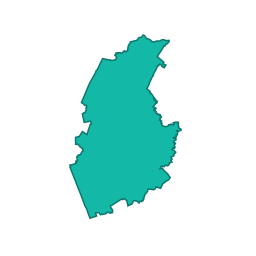 Thanh Tri, Sóc Trăng, Vietnam (Mercator projection), rotated 311°
{"feature_id": "81297802B36147607104720", "entity_name": "Thanh Tri", "entity_type": "district", "adm_level": 2, "iso_a3": "VNM", "parent_name": "Vietnam", "parent_adm1": "Sóc Trăng", "projection": "mercator", "projection_center": [105.741, 9.467], "detail": "fine", "context": "isolated", "style": "filled", "palette": "teal", "viewbox_px": 256, "rotation_deg": 311, "n_neighbors": 0, "source": "geoboundaries", "source_scale": "gbopen_adm2", "svg_char_len": 5848}
<svg xmlns="http://www.w3.org/2000/svg" viewBox="0 0 256 256"><g transform="rotate(311 128 128)"><path d="M116.6,76.2L117.0,78.8L116.7,80.6L117.0,81.1L117.7,81.6L118.2,82.3L118.0,82.1L117.8,82.1L116.4,83.2L115.3,83.3L114.6,84.3L114.1,84.6L113.8,84.8L112.8,84.9L112.4,85.2L111.9,85.4L111.2,85.4L110.4,84.7L108.7,84.3L103.5,91.3L108.7,95.3L106.8,97.7L106.1,97.1L96.1,101.3L95.4,95.9L89.7,96.8L86.5,94.6L81.3,99.2L82.7,100.7L82.8,101.9L82.3,104.2L82.3,105.0L82.6,105.4L82.5,107.0L82.7,107.3L82.0,107.7L81.9,108.6L81.3,109.2L80.5,108.9L79.2,108.8L77.1,109.7L76.9,109.3L76.1,109.4L75.2,108.3L74.2,108.3L73.6,108.6L73.1,108.3L72.8,108.2L72.4,108.6L70.0,111.4L68.7,110.4L68.4,110.7L68.3,111.3L68.0,111.1L67.7,111.8L67.0,111.5L66.8,111.8L65.8,111.2L61.7,108.5L60.8,110.4L60.2,110.2L54.9,120.3L53.5,123.2L50.3,129.1L46.8,136.0L40.9,146.8L39.7,150.1L37.0,154.7L35.0,158.6L36.9,159.6L40.9,162.0L42.6,159.2L42.9,159.4L44.0,160.5L45.1,161.6L44.5,164.0L44.6,164.3L46.4,165.6L47.8,166.9L49.0,167.5L49.8,167.7L51.1,167.8L51.7,169.6L52.4,170.9L53.5,170.6L54.0,171.8L55.7,170.5L56.2,169.3L56.4,168.1L57.2,166.1L57.4,165.9L58.5,166.2L60.2,166.9L61.7,167.2L64.4,168.1L70.6,169.9L70.5,171.0L72.5,171.6L72.2,172.8L72.5,173.9L72.3,174.8L72.2,175.4L71.8,175.5L69.2,179.1L70.3,179.1L70.8,179.9L72.4,180.2L72.7,180.4L72.7,180.6L73.1,180.8L74.6,180.7L75.9,180.0L77.0,179.9L77.8,181.3L77.9,181.7L78.5,181.8L78.7,182.1L78.6,185.5L80.5,185.1L81.5,186.6L82.3,186.2L82.6,186.6L82.9,186.4L83.2,187.0L85.4,186.2L85.3,185.8L86.2,185.6L88.7,184.5L89.4,184.4L91.7,184.5L92.8,184.1L93.2,184.2L95.2,183.2L98.3,187.9L99.5,188.4L100.0,188.4L101.8,187.7L103.5,191.4L103.9,192.2L108.4,190.9L108.7,191.0L110.0,191.0L111.0,191.5L112.3,191.5L114.8,192.5L116.6,192.7L117.6,192.4L118.1,192.3L118.3,192.3L118.4,191.9L119.2,188.2L119.4,188.2L119.5,187.9L119.4,186.9L119.5,183.0L120.1,180.4L118.0,178.9L121.3,178.2L121.3,178.7L122.3,180.4L122.9,180.8L123.6,180.5L124.0,180.5L124.7,180.8L125.0,181.4L125.1,182.2L125.4,182.6L125.9,182.9L128.8,182.7L129.0,182.1L131.1,183.5L131.7,181.6L133.5,181.7L133.5,180.9L133.6,180.6L134.6,179.6L135.7,180.2L136.1,180.6L137.1,180.8L137.3,180.8L137.6,180.6L138.3,179.7L139.3,179.7L139.8,180.0L140.6,180.1L141.1,179.9L141.1,179.6L140.9,178.9L141.3,178.1L141.3,177.2L141.2,176.7L140.7,175.8L140.7,175.3L141.7,175.3L142.3,175.0L142.5,175.0L142.8,175.3L142.9,176.1L143.2,176.4L143.5,176.4L144.1,176.3L144.5,175.9L144.9,174.7L145.6,174.1L146.0,174.0L147.0,174.1L147.4,174.0L147.7,173.8L147.6,173.5L146.9,173.1L146.8,172.3L147.0,172.0L147.7,172.1L148.7,171.3L150.2,171.9L150.8,171.9L151.0,171.8L151.4,171.0L151.4,170.6L150.9,169.8L150.4,169.4L150.3,169.1L150.5,168.9L150.9,168.6L151.1,168.6L151.3,169.4L152.4,170.3L153.1,170.2L153.3,170.0L153.5,169.7L153.5,169.2L154.2,168.8L154.5,168.9L154.7,169.5L155.0,169.7L155.3,169.7L156.2,168.9L156.5,168.9L157.1,168.5L157.8,168.3L157.9,167.9L157.6,167.3L157.6,166.9L157.6,166.7L157.9,166.6L158.4,166.8L158.7,167.9L159.1,168.4L159.5,168.7L160.9,169.5L161.4,169.4L161.6,169.1L161.9,168.7L161.6,167.8L161.3,167.1L161.4,166.5L161.5,166.2L162.3,165.7L162.5,164.8L163.2,163.8L164.4,163.3L164.8,162.9L165.3,161.8L164.3,161.3L163.8,160.1L163.0,159.8L161.8,158.7L161.5,158.7L161.4,158.9L161.3,160.0L161.1,160.3L160.8,160.5L160.2,160.5L159.7,159.9L159.5,158.3L159.1,157.8L158.1,157.8L157.9,157.6L157.4,156.8L157.2,156.6L156.9,156.6L156.0,156.9L155.4,156.9L154.9,156.5L154.3,155.7L153.6,155.6L153.1,154.9L152.8,153.6L152.5,152.8L152.4,152.1L152.5,151.0L153.7,150.7L153.6,149.5L154.6,149.3L154.6,148.5L155.2,148.5L154.7,146.7L156.0,146.5L155.9,145.9L156.7,145.8L156.7,145.7L157.6,145.6L157.7,145.9L158.4,145.8L158.6,144.1L159.1,144.0L159.0,143.1L158.1,143.1L158.0,142.2L158.3,142.2L158.2,140.7L157.8,140.8L157.6,138.7L158.8,138.6L158.8,137.3L158.2,136.1L159.7,135.4L159.8,136.4L161.3,136.2L160.9,134.9L160.6,135.0L160.3,133.1L164.2,132.9L164.4,132.9L164.4,132.4L165.6,132.2L165.8,133.3L167.4,132.7L166.9,131.2L166.6,131.1L166.5,130.6L167.7,130.2L167.6,129.6L166.4,129.7L166.4,129.1L167.6,129.0L167.7,128.9L167.9,128.5L167.4,128.2L167.4,127.8L168.1,127.7L168.1,126.9L168.3,126.6L168.5,125.8L168.8,125.4L169.3,122.7L168.9,122.6L169.0,121.1L169.7,121.0L169.8,120.4L170.1,120.4L169.9,116.4L171.2,116.2L175.4,115.0L178.0,114.0L179.9,113.5L179.9,113.2L182.8,112.8L184.0,112.7L184.0,112.3L193.3,110.0L194.0,109.8L194.0,109.6L194.4,109.6L194.5,110.0L196.5,109.9L196.5,110.3L197.1,110.2L197.4,112.6L196.7,113.0L197.2,115.8L200.4,115.3L199.4,112.3L201.2,111.8L201.1,110.0L201.1,106.7L201.0,103.4L203.2,102.9L208.0,102.4L210.7,101.9L213.6,101.2L214.0,102.1L214.9,101.8L215.5,101.8L216.1,101.6L217.0,102.3L218.2,102.3L218.9,102.4L220.1,102.3L220.4,102.2L220.7,102.0L221.0,101.4L219.6,100.1L219.0,99.5L218.1,97.2L217.6,96.4L217.3,96.1L216.6,95.6L214.6,95.0L214.0,94.4L212.5,92.6L210.4,91.4L209.6,90.7L209.3,90.2L209.0,89.2L209.1,86.9L208.9,86.0L208.7,85.2L207.9,84.0L207.7,83.4L207.8,82.8L208.5,80.0L208.4,78.9L208.0,78.4L207.4,78.3L206.3,78.7L205.6,78.7L205.0,78.5L203.9,77.2L203.2,76.9L202.4,76.9L201.2,77.2L199.9,77.0L198.7,76.3L196.7,74.8L194.5,73.3L194.1,73.9L193.8,74.0L192.7,73.8L192.2,74.0L191.6,74.0L190.2,74.3L189.3,75.0L188.4,75.3L186.9,76.6L186.2,76.8L186.0,77.0L185.4,76.8L185.0,76.4L184.5,76.6L183.9,75.6L183.8,74.4L183.7,74.4L183.0,74.9L182.7,75.0L182.3,74.9L181.9,74.4L181.6,74.2L180.6,74.3L180.2,74.2L179.9,73.8L179.7,72.6L179.0,71.9L178.3,70.9L177.9,70.8L177.7,71.3L177.4,71.3L177.2,70.8L177.1,70.2L176.8,69.7L176.5,69.9L176.3,70.3L176.0,70.5L174.8,70.5L174.7,70.3L174.4,70.2L174.2,70.6L174.3,72.0L173.7,73.2L173.3,73.4L171.9,73.6L171.4,73.8L171.1,73.4L170.1,73.3L169.8,72.7L168.9,72.0L167.8,70.8L167.7,70.3L167.7,69.7L166.9,68.9L166.3,67.9L165.9,66.9L165.5,66.8L163.9,63.4L163.7,63.3L152.3,66.4L151.5,66.6L150.3,66.4L149.9,66.4L149.6,66.6L149.2,67.0L136.6,69.6L116.6,76.2Z" fill="#14b8a6" stroke="#0f766e" stroke-width="1.5"/></g></svg>